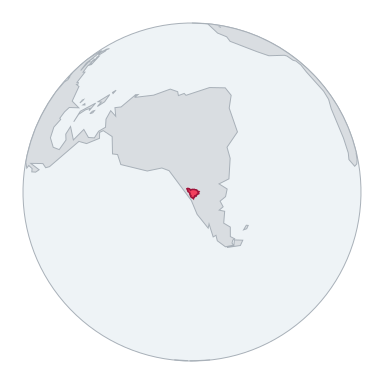 San Juan highlighted on a globe, orthographic projection, rotated 319°
{"feature_id": "ARG-1273", "entity_name": "San Juan", "entity_type": "Province", "adm_level": 1, "iso_a3": "ARG", "parent_name": "Argentina", "parent_adm1": "", "projection": "orthographic", "projection_center": [-68.983, -30.369], "detail": "fine", "context": "on_globe", "style": "filled", "palette": "rose", "viewbox_px": 384, "rotation_deg": 319, "n_neighbors": 0, "source": "natural_earth", "source_scale": "10m", "svg_char_len": 5307}
<svg xmlns="http://www.w3.org/2000/svg" viewBox="0 0 384 384"><g transform="rotate(319 192 192)"><circle cx="192" cy="192" r="169" fill="#eef3f6" stroke="#a8b0b8"/><path d="M155.4,27.0L155.7,27.0L169.8,24.9L169.0,25.4L171.9,25.8L174.8,25.1L173.6,24.6L179.7,23.7L177.5,23.7L178.6,23.6L191.4,23.0L191.5,23.1L194.1,23.1L196.9,23.1L199.5,23.2L203.7,23.7L215.1,25.4L215.9,25.9L208.8,26.0L196.9,25.4L187.7,27.3L199.6,25.9L201.2,27.8L203.9,28.3L207.3,28.4L209.0,27.8L210.8,28.6L199.7,29.8L197.9,29.0L201.4,28.5L195.8,28.4L188.4,30.1L189.8,31.3L177.1,33.8L178.0,34.9L175.7,36.3L175.2,34.3L175.9,38.2L161.2,44.8L161.8,54.2L154.8,47.7L148.4,47.9L140.6,49.6L140.5,51.1L130.3,52.4L120.7,58.2L116.6,67.2L119.6,72.9L131.0,70.1L134.7,65.5L143.3,62.9L136.6,74.9L151.4,73.8L149.6,82.9L153.8,87.1L161.4,84.9L169.2,86.4L174.9,80.6L184.0,77.3L184.1,84.8L189.2,77.8L194.3,81.3L212.5,81.6L211.1,83.2L226.5,93.7L243.1,100.1L247.0,106.9L245.0,110.3L250.8,112.5L250.9,115.1L273.8,124.7L285.4,135.2L285.0,144.7L275.1,153.1L265.7,176.5L247.8,181.2L242.9,191.6L228.5,206.3L217.7,203.6L220.5,212.8L214.3,217.5L207.2,217.3L205.8,223.6L200.6,223.5L204.0,228.0L195.5,236.3L197.9,243.6L191.7,250.8L193.5,255.2L191.1,255.1L188.7,256.8L188.5,259.3L181.3,255.3L179.1,245.4L181.7,240.4L178.5,239.8L183.9,227.3L180.5,229.9L181.2,212.2L185.9,198.1L188.7,160.9L185.0,154.1L172.0,146.8L156.3,124.6L160.4,114.9L157.0,111.1L168.1,97.8L165.3,87.5L161.4,86.4L157.4,90.8L144.2,86.3L139.8,79.6L101.1,79.4L97.5,77.7L98.1,72.7L89.1,64.6L91.2,74.9L87.0,74.4L84.3,71.7L86.7,69.4L86.2,64.9L83.0,65.6L85.9,60.7L91.8,56.0L103.5,48.1L115.7,41.2L128.6,35.4L141.8,30.7L155.4,27.0ZM160.7,57.8L177.6,61.7L167.8,63.1L169.7,61.9L165.4,60.1L157.4,59.0L148.8,61.4L160.7,57.8ZM168.8,51.3L165.8,51.2L168.8,50.9L168.8,51.3ZM193.4,264.1L181.9,256.8L188.3,260.0L192.6,256.0L198.7,261.7L193.4,264.1ZM206.1,254.4L211.2,252.7L212.5,254.1L209.2,255.6L206.1,254.4ZM315.2,76.4L314.5,75.7L309.2,70.5L302.8,64.4L315.2,76.4ZM343.0,267.7L341.3,271.0L341.1,270.7L337.8,276.0L334.8,278.9L331.7,279.3L331.7,270.5L335.6,265.0L341.7,250.7L351.7,220.5L355.9,211.7L357.5,202.3L357.1,176.8L357.5,167.6L356.4,161.4L354.7,158.9L352.9,151.7L351.4,149.4L339.4,139.6L333.1,128.7L319.6,103.3L320.0,97.6L315.6,88.9L314.2,75.4L317.2,78.5L324.9,87.7L331.9,97.3L338.3,107.4L343.9,117.9L348.7,128.9L352.8,140.1L356.0,151.6L358.5,163.2L360.1,175.1L360.9,187.0L360.8,198.9L359.9,210.8L358.2,222.6L355.6,234.3L352.2,245.7L348.0,256.9L343.0,267.7ZM320.6,84.6L322.0,86.8L320.6,84.6ZM213.1,81.5L215.3,83.1L212.4,83.0L213.1,81.5ZM166.3,65.9L169.9,65.7L171.8,66.6L169.0,67.1L166.3,65.9ZM197.3,64.7L201.5,65.4L197.0,65.9L197.3,64.7ZM180.3,62.2L193.9,64.5L185.2,66.6L176.7,65.4L182.6,64.6L180.3,62.2ZM166.8,54.7L169.1,55.0L168.3,56.1L166.8,54.7ZM170.9,51.1L170.0,51.3L169.0,50.5L170.9,51.1ZM201.8,27.7L202.8,27.7L206.1,27.9L204.5,28.2L201.8,27.7ZM221.3,28.2L223.8,29.6L220.9,28.5L219.1,28.8L210.8,27.4L215.8,26.1L215.0,26.8L221.3,28.2ZM201.1,25.6L205.8,26.3L200.5,25.7L201.1,25.6ZM80.3,318.8L79.5,317.8L84.4,321.9L90.6,326.8L95.5,330.6L80.3,318.8ZM70.5,309.4L70.7,309.6L68.5,307.0L78.4,316.7L76.1,314.9L71.7,310.6L71.5,310.4L70.5,309.4Z" fill="#d9dde1" stroke="#a8b0b8" stroke-width="1"/><path d="M189.5,191.2L189.6,190.9L189.6,190.7L189.6,190.3L189.6,190.1L189.5,189.9L189.5,189.7L189.4,189.4L189.3,189.2L189.3,188.9L189.4,188.7L189.5,188.5L189.6,188.4L189.8,188.4L189.9,188.2L189.9,187.9L189.9,187.7L190.0,187.7L190.1,187.4L190.0,187.2L190.0,186.9L190.1,186.7L190.2,186.4L190.3,186.2L190.5,186.3L190.8,186.3L191.0,186.4L191.5,186.8L191.6,187.0L191.7,187.3L191.9,187.5L192.0,187.7L192.0,187.8L192.2,188.0L192.0,188.3L191.9,188.4L191.9,188.5L192.0,188.7L192.1,188.8L192.0,189.0L192.0,189.3L191.9,189.5L191.9,189.8L192.0,189.8L192.3,189.8L192.5,189.8L192.7,189.7L192.8,189.8L193.0,189.9L193.6,190.0L193.8,190.1L194.0,190.3L194.1,190.5L194.3,190.5L194.5,190.7L194.5,190.8L194.7,191.0L194.8,191.1L195.0,191.2L195.1,191.3L195.4,191.7L195.5,191.7L195.5,191.8L195.6,192.0L195.8,192.2L195.9,192.4L196.0,192.5L196.3,192.8L196.4,193.0L196.5,193.0L196.7,193.3L196.8,193.5L196.7,193.9L196.7,194.0L196.9,194.1L196.7,194.9L196.8,195.0L196.9,195.3L196.9,195.5L197.1,195.7L197.3,195.8L197.4,196.0L197.5,196.2L197.6,196.3L197.6,196.5L197.0,196.5L196.9,196.5L196.8,196.4L196.7,196.4L196.4,196.5L196.3,196.4L196.2,196.4L196.0,196.5L196.0,196.8L196.0,197.0L196.0,197.3L196.0,197.6L195.8,197.5L195.7,197.5L195.3,197.5L195.2,197.5L194.9,197.5L194.8,197.4L194.7,197.4L194.6,197.2L194.4,197.0L194.0,197.1L193.9,197.2L193.5,197.3L193.4,197.3L192.9,197.7L192.7,197.8L192.2,197.8L192.2,197.0L191.9,197.0L191.8,196.9L191.6,196.7L191.4,196.8L191.2,197.0L190.9,197.0L190.7,197.1L190.4,197.2L190.4,197.3L190.4,197.5L190.0,197.6L189.5,197.7L189.4,197.7L189.2,197.7L188.9,197.7L188.8,197.8L188.8,197.7L188.7,197.7L188.6,197.4L188.6,197.2L188.5,196.9L188.7,197.0L188.8,196.9L188.9,196.7L188.7,196.5L188.4,196.4L188.2,196.2L188.1,195.9L188.0,195.6L188.0,195.4L188.0,195.2L188.0,194.9L188.1,194.7L188.1,194.4L188.2,194.2L188.3,194.2L188.3,194.3L188.5,194.2L188.8,194.0L188.7,193.9L188.6,193.7L188.6,193.3L188.6,193.2L188.7,192.9L188.8,192.8L188.8,192.7L188.9,192.4L189.0,192.3L189.0,192.2L189.3,192.1L189.5,192.0L189.6,191.9L189.7,191.7L189.8,191.5L189.8,191.4L189.7,191.2L189.5,191.2Z" fill="#f43f5e" stroke="#9f1239" stroke-width="1.5"/></g></svg>